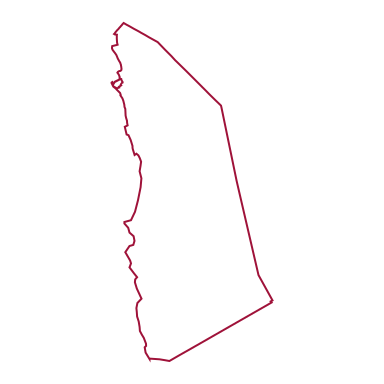 Al Hawak, Al Hudaydah, Yemen
{"feature_id": "15242507B19229428361360", "entity_name": "Al Hawak", "entity_type": "district", "adm_level": 2, "iso_a3": "YEM", "parent_name": "Yemen", "parent_adm1": "Al Hudaydah", "projection": "robinson", "projection_center": [42.952, 14.752], "detail": "fine", "context": "isolated", "style": "outline", "palette": "rose", "viewbox_px": 384, "rotation_deg": 0, "n_neighbors": 0, "source": "geoboundaries", "source_scale": "gbopen_adm2", "svg_char_len": 3113}
<svg xmlns="http://www.w3.org/2000/svg" viewBox="0 0 384 384"><path d="M272.5,300.4L258.5,275.1L239.0,191.2L236.6,180.8L221.5,107.7L221.0,105.6L215.4,100.2L209.4,94.3L203.0,87.8L202.3,87.2L202.2,87.0L187.0,71.8L186.5,71.3L181.8,66.7L176.9,61.9L175.2,60.3L171.4,56.1L170.1,54.8L169.3,54.0L165.0,49.7L164.8,49.5L162.7,47.3L157.7,42.1L150.8,38.3L150.3,38.0L149.5,37.6L145.3,35.1L142.4,33.5L140.4,32.4L140.0,32.1L137.3,30.6L137.1,30.5L133.9,28.8L131.3,27.3L129.9,26.5L127.7,25.3L126.9,24.9L123.6,23.0L122.9,23.8L122.5,24.2L122.1,24.7L121.7,25.3L121.1,25.8L120.9,26.1L120.3,26.8L120.0,27.2L119.8,27.3L119.5,27.6L118.9,28.4L118.5,28.9L117.4,30.0L116.9,30.5L116.7,30.8L116.0,31.6L115.6,32.1L115.4,32.3L114.7,33.4L114.3,33.8L114.1,34.0L114.9,34.5L116.2,34.6L116.9,34.7L116.8,35.3L116.8,36.3L116.8,37.8L116.8,38.2L116.8,38.5L116.9,40.2L117.0,41.3L117.0,41.6L117.1,42.8L117.3,43.5L117.3,43.8L117.6,44.7L116.7,45.0L116.3,45.1L115.9,45.2L115.4,45.3L114.6,45.5L112.2,46.1L112.1,46.8L112.0,47.5L112.0,48.3L112.1,48.5L112.3,49.1L112.4,49.5L113.1,50.6L113.3,50.8L113.6,51.2L114.1,51.9L114.4,52.3L114.6,52.5L114.9,52.9L115.6,53.9L116.4,55.1L116.9,56.3L117.4,57.5L117.5,57.8L117.7,58.3L117.9,58.8L118.2,59.2L118.8,60.4L119.0,60.8L119.7,61.9L120.0,62.3L120.2,62.9L120.4,63.1L120.5,63.7L120.7,64.3L120.9,64.7L121.0,65.5L121.0,65.8L121.2,66.4L121.4,68.1L121.5,68.6L121.4,69.9L120.6,70.8L120.0,71.0L119.2,71.1L118.0,71.8L117.5,72.5L117.4,72.7L117.8,73.2L118.7,74.5L119.1,75.3L119.4,76.2L119.6,76.6L119.5,76.9L119.7,77.5L119.6,77.8L119.6,78.4L119.7,78.9L119.5,79.3L119.2,79.5L118.1,80.1L116.2,81.0L114.5,81.9L114.4,82.1L113.7,83.4L113.8,83.5L114.6,82.2L114.9,81.9L116.0,81.4L118.5,80.1L120.0,79.3L120.8,78.9L121.2,79.0L121.2,79.3L122.1,81.3L122.5,81.8L122.6,82.1L122.6,82.3L122.3,82.3L121.9,83.0L121.3,83.7L120.7,84.7L120.7,84.8L120.7,85.2L120.6,85.5L120.8,85.6L120.5,85.8L118.9,86.8L119.2,87.5L118.3,87.8L117.0,88.4L114.5,87.0L114.0,86.7L113.6,86.6L113.4,86.4L113.3,86.2L113.2,85.8L112.9,85.2L112.9,84.9L112.6,84.7L112.4,84.5L112.2,84.0L112.1,83.2L112.2,82.8L112.1,82.2L111.6,82.5L111.5,82.9L113.3,86.6L116.0,88.7L116.4,89.3L120.1,93.0L120.7,94.9L120.4,95.2L120.7,95.8L122.4,98.3L123.3,100.7L124.3,104.7L124.5,106.9L125.3,108.9L125.6,115.6L126.1,117.9L127.0,120.8L127.1,122.8L127.6,125.4L124.8,126.8L126.6,134.5L128.5,135.2L130.7,140.1L132.5,146.0L132.5,147.4L132.7,148.8L134.6,155.0L136.4,153.7L138.4,155.4L139.8,158.2L141.1,161.7L140.5,166.0L139.6,171.3L141.4,178.3L140.6,187.2L138.0,200.2L135.0,211.8L133.8,214.3L131.0,220.2L124.4,222.0L124.4,223.5L128.2,227.8L129.5,232.6L133.6,236.2L134.5,240.9L133.3,244.9L129.5,246.0L125.3,252.2L130.1,260.5L131.0,263.4L129.5,267.4L132.0,270.7L134.2,273.6L137.1,277.2L135.2,279.4L134.9,282.3L136.8,288.5L141.5,298.7L137.4,303.0L136.4,308.1L136.8,312.1L137.1,316.5L138.7,321.5L139.6,327.0L139.9,331.0L141.8,334.6L143.8,337.9L146.0,343.7L146.1,345.9L144.7,347.3L145.6,352.6L149.5,359.0L149.5,358.6L159.5,359.3L165.0,360.2L169.4,361.0L177.0,356.6L179.6,355.1L196.5,345.5L198.3,344.5L200.7,343.1L229.5,326.6L271.6,302.5L270.7,301.4L272.5,300.4Z" fill="none" stroke="#9f1239" stroke-width="2"/></svg>